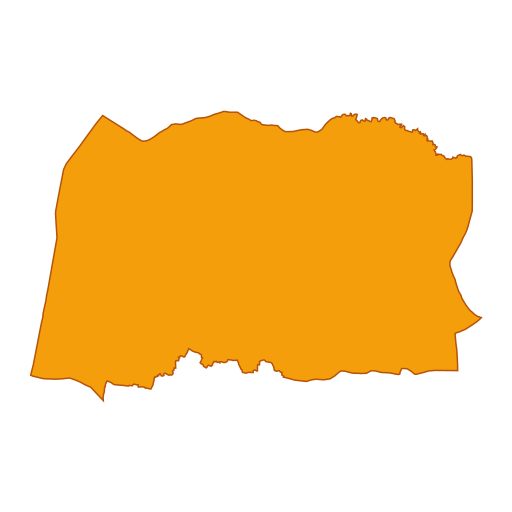 outline of Bati, Takêv, Cambodia
{"feature_id": "14789045B57652846304947", "entity_name": "Bati", "entity_type": "district", "adm_level": 2, "iso_a3": "KHM", "parent_name": "Cambodia", "parent_adm1": "Takêv", "projection": "mercator", "projection_center": [104.831, 11.274], "detail": "fine", "context": "isolated", "style": "filled", "palette": "amber", "viewbox_px": 512, "rotation_deg": 0, "n_neighbors": 0, "source": "geoboundaries", "source_scale": "gbopen_adm2", "svg_char_len": 6104}
<svg xmlns="http://www.w3.org/2000/svg" viewBox="0 0 512 512"><path d="M30.7,375.2L33.0,376.2L43.6,378.7L55.9,379.2L63.2,378.7L69.6,378.0L75.9,380.2L80.5,382.2L84.7,384.6L90.7,387.2L103.3,400.6L103.1,397.8L103.6,393.9L104.1,392.6L104.4,390.9L104.4,389.7L104.6,388.4L104.5,387.4L105.3,386.7L105.4,385.0L105.7,383.7L106.2,382.9L106.6,381.5L107.5,381.0L111.2,382.6L112.8,383.8L114.0,384.5L115.7,384.8L120.2,385.2L124.1,385.5L128.3,386.1L129.2,385.4L131.4,385.7L132.5,385.7L133.0,384.6L134.2,384.1L137.2,385.0L138.1,384.8L138.3,385.8L138.2,387.0L139.9,387.0L142.1,386.8L144.7,387.2L145.3,388.2L146.6,388.1L150.8,389.1L151.8,387.3L152.3,386.1L152.9,385.2L153.2,384.1L153.3,382.9L153.5,381.9L154.0,380.7L154.3,378.0L154.6,377.1L155.6,377.3L156.3,376.4L157.5,376.4L157.7,375.3L158.7,375.6L159.0,374.4L160.0,373.7L160.6,374.5L161.3,375.9L163.0,376.0L163.9,375.4L163.8,374.1L164.5,373.3L166.3,373.6L167.0,374.4L168.0,374.8L168.9,375.2L170.4,374.9L171.9,375.0L172.7,374.2L173.2,373.0L172.7,372.1L172.7,370.8L173.9,370.2L174.1,368.0L175.7,368.1L175.5,361.9L175.7,360.9L176.7,360.8L177.6,360.5L178.5,360.8L179.1,358.4L178.5,357.3L179.7,357.4L180.1,356.0L181.7,355.9L182.8,356.5L184.0,357.1L184.9,356.6L185.4,355.2L186.7,353.3L187.3,352.1L188.7,348.7L191.5,350.3L192.4,351.0L195.4,352.2L198.8,352.9L199.4,353.8L201.1,354.5L201.5,355.8L201.4,357.2L202.5,357.8L201.9,358.8L201.2,360.8L200.1,362.7L201.1,363.8L202.0,364.1L203.0,364.7L203.4,365.9L204.1,366.7L206.2,367.9L207.1,367.0L207.5,366.1L208.3,365.2L211.1,366.3L212.5,365.0L212.4,364.1L212.9,363.1L213.7,362.5L214.0,361.5L215.3,361.8L216.2,361.3L217.0,362.2L218.0,362.5L218.9,362.1L219.9,362.8L220.1,361.7L222.1,361.8L223.4,362.5L224.5,362.5L225.7,362.3L226.7,361.8L227.5,360.8L227.9,359.6L230.6,360.0L231.6,360.0L232.7,360.5L233.7,360.3L236.1,360.4L237.3,360.1L237.7,361.2L238.6,363.1L238.6,364.3L239.1,365.1L241.1,369.3L241.9,369.8L242.1,371.4L242.7,372.5L243.7,372.5L245.0,373.0L246.1,373.2L247.9,372.4L251.3,372.4L253.1,372.6L253.3,370.6L254.1,370.1L255.2,370.1L256.3,370.9L257.4,370.9L257.6,364.7L259.5,364.8L259.6,362.7L259.4,361.6L260.9,360.7L261.8,360.5L262.8,360.1L264.3,360.0L265.1,360.7L265.8,361.6L270.7,362.4L272.3,363.7L272.5,364.6L273.7,366.9L274.4,370.4L276.3,371.2L277.3,371.1L278.5,370.7L279.5,370.8L280.1,371.7L281.0,372.4L282.0,372.4L281.8,374.1L282.0,375.2L283.7,376.2L283.4,377.1L288.4,378.3L294.7,380.1L305.0,381.3L306.8,381.4L310.5,380.1L315.6,379.2L323.7,379.8L329.9,378.9L334.8,375.9L339.6,371.7L341.5,370.9L345.4,371.3L351.9,373.0L354.7,373.3L356.4,373.2L360.8,373.5L366.4,373.3L371.0,370.8L375.1,370.9L381.6,372.5L388.7,372.8L392.3,373.3L395.2,374.1L398.8,374.5L399.9,373.9L400.0,372.3L401.7,368.5L407.1,368.7L411.1,371.2L414.7,374.2L416.2,374.3L423.0,372.6L428.9,370.9L435.4,370.4L457.7,370.6L457.6,369.6L457.6,365.4L457.4,360.6L456.8,349.9L455.9,343.2L455.4,337.6L455.0,333.6L456.4,332.8L460.1,331.6L465.5,329.2L472.1,325.0L477.0,321.6L480.3,318.7L481.3,317.6L477.3,316.2L474.6,314.5L472.1,312.1L469.7,310.1L466.8,306.3L464.5,302.8L461.8,298.1L461.1,295.6L458.8,291.6L457.6,288.4L456.2,284.0L455.0,279.3L453.6,276.4L451.9,272.0L450.5,267.5L449.9,265.0L450.0,262.1L450.5,260.3L452.4,257.5L460.8,242.9L463.0,237.8L465.3,233.6L466.7,230.4L468.0,226.4L472.2,211.0L472.3,203.9L472.3,180.4L471.8,159.6L471.4,157.6L470.4,156.6L465.4,156.0L464.0,155.1L462.5,155.7L461.3,155.2L460.4,154.5L459.4,154.8L458.1,155.4L457.1,156.3L456.9,157.6L455.4,158.1L454.0,157.7L453.0,157.1L452.7,158.1L451.8,158.8L450.4,159.5L449.0,159.0L447.5,158.8L446.8,159.4L446.0,158.7L445.1,158.1L444.0,156.1L441.9,155.3L441.3,154.4L439.9,154.3L438.8,154.5L437.9,154.0L437.1,155.3L435.9,155.2L436.1,153.9L435.6,152.8L435.4,151.8L434.6,150.9L434.1,149.9L435.3,149.3L436.4,148.3L437.0,146.9L435.3,146.5L435.2,145.0L434.3,144.5L432.9,144.6L433.1,143.0L432.1,140.9L430.1,141.2L428.8,140.9L427.4,140.9L426.8,140.1L428.0,139.1L427.2,138.5L427.1,136.2L426.1,135.4L425.0,135.8L425.0,134.2L423.6,135.3L423.2,133.8L420.8,134.0L419.7,133.3L420.7,132.6L420.2,131.7L419.5,132.3L418.4,131.3L417.7,130.4L417.6,128.8L415.5,130.5L414.3,129.8L412.7,129.9L412.4,132.1L411.2,132.0L408.4,131.1L407.0,130.5L405.9,130.6L404.6,129.4L404.6,127.8L404.7,126.7L403.5,125.7L401.0,127.7L399.9,127.2L400.2,126.0L401.3,125.3L401.7,124.3L400.1,124.1L398.9,124.4L397.8,124.3L395.0,122.5L395.1,121.0L394.3,119.0L393.5,118.4L392.4,118.2L390.5,117.6L389.5,117.6L388.5,118.4L388.2,119.5L387.2,120.2L386.2,119.6L385.8,117.9L384.6,117.5L382.7,118.0L381.7,118.7L380.6,120.1L379.8,121.4L378.3,121.5L377.6,120.1L377.6,119.1L376.9,118.3L373.5,117.5L372.1,117.9L371.9,119.6L371.5,120.8L371.0,121.7L369.8,121.4L368.7,120.6L367.2,120.3L366.5,119.0L365.6,118.6L365.2,119.6L365.3,120.9L364.2,121.2L362.2,119.9L361.1,120.2L360.4,121.1L360.0,122.5L358.6,122.7L357.8,121.7L356.7,120.4L355.8,119.7L356.0,118.6L356.5,117.6L356.7,116.4L357.2,115.1L357.0,114.2L355.2,114.2L354.2,114.5L352.7,116.1L351.7,116.1L351.5,115.2L351.3,113.8L350.4,113.3L350.0,115.2L349.2,115.8L347.8,115.5L346.6,115.9L344.9,114.2L343.0,114.5L341.7,115.7L340.7,117.2L339.2,116.7L336.5,116.4L334.6,117.8L332.3,118.4L330.0,120.0L326.9,122.9L325.5,124.4L321.8,129.5L317.5,132.1L315.4,132.1L311.4,130.4L307.7,129.3L301.8,129.7L298.6,130.3L293.2,131.5L289.8,131.6L285.3,131.6L283.6,130.8L280.1,128.3L277.8,125.7L270.9,125.1L268.2,125.4L263.0,124.8L261.4,124.3L259.9,122.2L257.3,121.5L256.4,120.7L254.1,120.3L251.0,120.6L249.4,119.5L245.0,117.4L237.7,112.3L236.4,112.2L229.3,112.2L226.2,111.6L223.7,111.4L219.2,113.0L215.4,114.0L212.6,115.0L210.9,115.9L207.3,117.0L204.6,117.7L197.4,118.2L195.6,118.6L191.3,120.8L184.9,123.1L181.9,124.3L179.4,124.4L175.9,123.9L171.5,124.6L169.6,126.3L168.9,127.1L166.9,128.6L164.4,129.8L162.5,131.0L159.7,132.5L153.8,137.0L151.3,138.6L149.0,139.8L147.2,140.6L144.6,141.1L142.0,141.1L138.4,139.0L132.8,134.9L129.2,132.1L126.5,130.8L123.9,128.9L105.4,117.3L102.7,115.5L96.7,122.8L86.2,137.1L79.4,146.6L70.8,157.7L66.4,163.6L63.6,169.5L58.6,195.3L55.8,210.5L55.5,213.7L57.0,237.9L47.8,289.9L46.6,295.5L45.9,300.6L43.0,314.0L43.0,316.3L41.2,324.1L33.4,364.3L30.7,375.2Z" fill="#f59e0b" stroke="#b45309" stroke-width="1.5"/></svg>